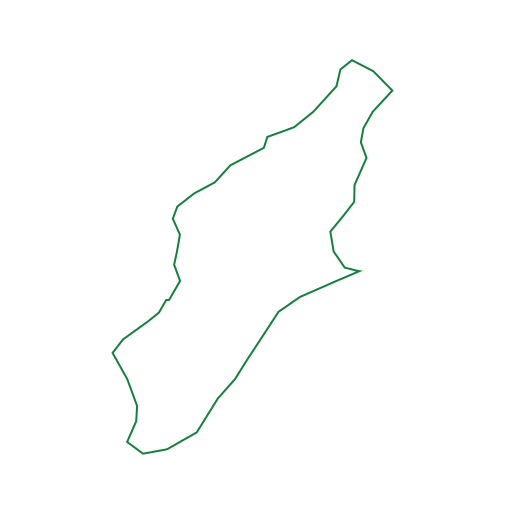 Ale, Västra Götaland, Sweden, rotated 160°
{"feature_id": "70781695B73988580655611", "entity_name": "Ale", "entity_type": "district", "adm_level": 2, "iso_a3": "SWE", "parent_name": "Sweden", "parent_adm1": "Västra Götaland", "projection": "natural_earth1", "projection_center": [12.255, 57.976], "detail": "fine", "context": "isolated", "style": "outline", "palette": "green", "viewbox_px": 512, "rotation_deg": 160, "n_neighbors": 0, "source": "geoboundaries", "source_scale": "gbopen_adm2", "svg_char_len": 809}
<svg xmlns="http://www.w3.org/2000/svg" viewBox="0 0 512 512"><g transform="rotate(160 256 256)"><path d="M71.3,364.8L82.6,389.6L98.9,407.2L112.9,402.4L122.3,388.0L152.7,372.0L176.1,364.0L204.6,364.0L211.6,355.0L249.0,350.0L269.5,339.3L292.5,336.0L313.0,329.4L321.4,319.5L320.2,302.1L328.7,287.3L335.9,275.8L335.9,258.5L352.3,244.8L352.8,244.5L355.5,245.3L366.6,236.0L380.5,231.3L409.5,223.1L423.9,214.0L419.1,184.4L419.0,155.7L425.1,141.7L440.7,125.3L434.1,115.4L429.8,108.9L405.7,104.8L390.1,107.5L372.0,110.5L340.7,135.1L317.8,147.5L302.1,159.8L276.8,178.7L253.9,195.9L228.5,202.5L189.9,205.0L164.2,206.4L164.6,206.6L176.6,214.8L181.5,233.7L177.8,253.5L159.7,264.2L145.2,273.3L139.2,288.9L118.6,310.4L118.6,326.9L111.4,339.3L96.9,351.7L71.3,364.8Z" fill="none" stroke="#15803d" stroke-width="2"/></g></svg>